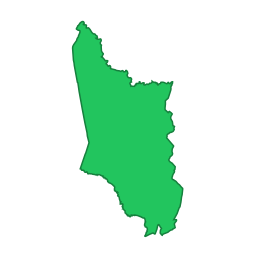 Chiradzulu, Chiradzulu, Malawi (Albers equal-area conic projection), rotated 176°
{"feature_id": "42251766B78568245260433", "entity_name": "Chiradzulu", "entity_type": "district", "adm_level": 2, "iso_a3": "MWI", "parent_name": "Malawi", "parent_adm1": "Chiradzulu", "projection": "albers", "projection_center": [35.198, -15.762], "detail": "fine", "context": "isolated", "style": "filled", "palette": "green", "viewbox_px": 256, "rotation_deg": 176, "n_neighbors": 0, "source": "geoboundaries", "source_scale": "gbopen_adm2", "svg_char_len": 5767}
<svg xmlns="http://www.w3.org/2000/svg" viewBox="0 0 256 256"><g transform="rotate(176 128 128)"><path d="M89.1,171.0L90.4,171.3L91.7,171.3L92.1,171.2L92.3,170.4L92.5,170.1L93.8,169.9L94.8,169.3L94.9,168.9L95.3,168.9L95.8,169.6L95.6,170.4L95.8,170.8L96.6,171.1L96.9,170.9L97.3,171.1L97.2,171.5L97.6,171.7L99.3,171.8L100.7,173.0L100.7,172.1L100.9,171.8L101.7,171.2L102.5,170.9L103.3,171.1L104.5,170.0L105.0,170.0L105.3,170.3L106.1,170.5L106.5,170.4L108.0,169.7L108.8,169.9L109.2,170.1L109.2,170.6L108.7,171.7L109.0,171.9L109.8,172.1L111.6,171.4L112.1,171.4L112.5,171.5L112.7,171.9L112.8,173.1L113.2,173.3L113.6,173.2L113.9,172.0L114.1,171.7L114.6,171.6L115.8,171.9L116.7,171.8L116.9,171.5L116.7,170.7L117.6,170.7L117.9,169.9L118.6,169.5L118.7,169.1L120.7,169.3L121.5,169.6L122.2,169.4L122.5,171.1L123.1,172.2L123.0,172.6L122.7,173.0L121.3,173.7L121.7,174.4L121.0,176.4L121.1,176.9L121.4,177.5L122.1,178.0L123.3,177.9L124.1,178.3L124.4,178.6L124.8,179.3L125.3,180.9L124.4,182.3L124.4,182.8L124.7,184.4L125.2,185.1L125.8,185.6L126.2,185.5L126.5,184.7L126.8,184.4L128.0,184.3L128.4,184.4L128.8,185.1L129.3,185.6L130.1,185.5L131.1,184.9L131.5,185.0L132.1,185.5L135.4,186.2L136.8,187.0L141.2,188.4L141.4,188.8L141.0,190.0L141.4,191.2L142.2,191.6L142.9,191.1L143.4,191.0L144.6,192.8L145.2,193.3L145.3,193.7L145.1,194.1L144.1,195.0L143.7,195.7L143.6,196.5L144.4,196.8L145.6,196.5L146.0,196.7L146.4,197.5L148.0,199.6L148.5,200.2L149.3,200.5L149.6,200.8L148.5,201.6L148.1,202.8L147.5,203.4L147.5,203.9L148.0,204.5L148.8,205.9L149.1,206.7L149.1,211.2L148.7,212.5L149.6,213.4L149.8,215.0L148.7,216.8L148.6,217.6L148.8,218.4L149.1,218.7L149.5,218.8L150.7,218.5L152.3,218.8L153.4,219.4L153.7,219.8L152.4,219.9L152.2,220.3L152.5,222.0L153.6,222.6L154.1,223.7L154.9,224.2L155.9,224.3L157.0,225.3L157.5,226.0L159.0,228.9L160.3,230.6L160.7,230.7L162.3,230.6L162.7,230.8L162.3,233.2L162.5,233.6L162.9,233.8L164.6,234.0L165.3,234.4L165.2,234.7L164.5,235.3L164.4,235.7L164.6,236.5L165.1,237.2L165.5,237.3L166.3,237.4L168.2,236.4L170.2,233.9L171.1,233.3L171.5,232.2L172.5,230.9L172.5,230.2L170.9,229.0L169.6,228.7L169.2,228.3L169.2,227.0L169.9,225.4L170.9,223.6L171.2,222.4L172.2,221.2L172.8,220.1L173.1,218.9L176.3,215.0L177.2,213.5L177.5,212.7L177.7,211.5L177.7,199.5L177.3,196.9L177.2,194.1L175.3,177.1L174.9,176.7L174.8,176.0L174.2,167.7L172.3,150.3L170.6,136.0L169.2,126.1L169.1,122.8L167.9,116.1L171.9,105.9L172.5,104.9L178.5,90.6L177.4,90.1L177.3,89.3L177.0,89.1L175.2,88.9L174.9,88.6L174.9,88.2L174.6,87.9L174.4,87.3L173.8,86.8L172.9,86.8L172.3,87.2L171.9,87.0L171.3,85.2L170.9,85.0L170.1,85.3L168.9,84.9L168.1,85.0L166.0,84.2L165.0,84.1L163.5,83.5L162.7,83.7L162.2,83.1L161.9,83.6L161.6,83.3L161.1,83.3L160.3,83.6L159.1,83.2L158.5,82.6L157.7,82.4L157.1,81.8L156.3,81.9L156.2,81.5L156.4,81.1L156.2,80.7L155.8,80.6L155.5,80.3L155.4,79.9L154.6,80.2L154.3,79.9L154.1,78.9L153.3,78.9L152.9,78.7L152.5,77.9L152.2,77.7L152.0,77.1L152.0,76.0L151.8,75.7L151.4,75.6L150.7,74.6L149.5,74.2L147.8,73.0L146.1,71.0L145.7,70.8L145.5,70.4L145.4,69.6L145.7,68.8L145.7,67.5L145.9,67.2L145.8,66.8L145.1,66.3L145.2,65.9L144.4,65.6L143.8,64.5L143.1,64.9L142.8,64.6L143.2,64.5L143.5,64.2L142.7,62.6L142.4,62.3L143.0,61.2L142.8,60.8L142.0,60.4L141.6,59.2L141.5,57.5L141.2,56.7L141.0,55.5L140.3,55.0L140.9,54.4L141.0,52.8L139.8,53.2L139.4,53.0L139.6,52.6L138.7,52.6L138.4,52.3L138.5,51.5L139.1,50.4L138.7,50.3L138.6,49.9L139.0,49.3L138.5,48.6L138.5,47.8L138.8,47.6L138.1,47.3L137.8,46.6L137.4,46.3L137.2,46.0L136.6,45.4L136.8,44.6L136.7,43.4L136.0,43.0L135.6,42.1L135.1,41.5L134.7,41.6L134.4,41.3L134.7,41.0L134.6,40.6L133.9,40.9L133.5,40.8L133.2,40.5L133.3,40.1L132.9,40.0L132.4,39.4L132.0,39.3L131.5,40.0L130.7,40.1L130.5,40.5L130.6,40.9L130.2,40.8L130.3,40.4L130.0,40.2L129.6,40.2L129.3,40.5L128.9,40.7L128.5,40.7L127.7,40.3L127.3,40.3L127.2,40.7L124.3,39.9L122.1,38.8L121.7,38.8L121.0,38.2L120.6,38.2L120.4,37.9L119.3,37.2L118.9,37.1L118.1,37.1L117.6,36.5L117.4,35.3L117.2,35.0L117.4,33.7L117.0,33.4L117.0,33.0L117.6,32.4L118.3,30.0L117.9,29.3L117.8,28.4L117.6,28.1L116.8,27.9L116.3,27.6L115.8,26.4L115.7,25.6L116.2,24.4L116.1,23.5L117.0,22.7L117.7,20.6L118.7,19.2L118.7,18.9L118.4,18.7L117.2,19.0L114.0,20.4L110.9,21.4L110.4,21.5L110.0,21.3L109.0,20.5L108.5,20.4L108.2,20.7L106.3,24.9L105.2,28.6L104.7,29.3L104.3,29.5L103.9,29.4L103.5,28.4L102.9,27.7L102.7,26.9L101.6,25.6L102.8,23.7L103.2,21.2L103.1,20.7L102.7,20.3L102.1,19.2L101.8,18.9L101.3,18.6L100.9,19.3L100.1,19.8L95.5,21.2L93.7,22.5L92.6,23.1L91.0,23.4L90.6,23.6L90.5,24.0L90.2,24.3L89.8,24.3L87.9,25.3L88.5,29.1L87.8,30.2L86.3,31.8L86.0,32.5L86.1,33.1L86.8,33.1L88.0,33.5L88.7,33.4L85.0,39.2L82.6,44.7L81.7,45.7L80.4,50.4L79.4,55.5L78.7,57.6L77.7,63.1L77.7,64.0L78.9,65.3L80.6,67.7L82.2,69.1L83.7,71.2L84.4,71.9L85.5,72.4L86.0,73.2L87.2,73.6L87.6,74.4L87.5,75.7L86.8,77.3L86.8,77.7L86.2,78.8L84.9,80.6L84.6,81.8L84.7,82.2L85.0,82.4L84.9,82.8L84.0,83.6L83.9,84.8L83.6,86.0L86.4,89.8L87.8,90.8L88.7,91.6L89.4,92.7L89.6,93.5L88.6,94.9L88.0,96.3L86.2,97.6L85.6,98.3L85.3,99.5L85.7,101.2L85.7,102.0L85.3,104.1L83.8,106.6L83.8,107.0L90.1,115.4L90.1,115.7L89.6,116.7L89.7,117.8L89.3,118.7L88.9,119.1L87.5,119.6L87.0,120.4L86.3,120.7L85.8,120.5L83.7,121.2L83.0,121.7L82.1,123.1L82.0,123.5L82.2,123.9L82.2,124.7L81.7,125.9L81.5,126.2L81.7,126.5L83.0,127.2L83.3,131.2L83.6,132.0L84.0,132.4L84.2,133.4L84.6,133.9L84.7,135.2L84.5,136.4L82.9,138.9L83.7,140.0L85.5,141.6L86.5,141.1L86.9,140.6L89.7,143.6L89.7,145.2L89.0,149.2L88.8,152.6L85.8,155.0L82.8,162.5L82.4,164.0L82.4,166.1L81.4,167.5L81.7,167.8L81.7,168.0L81.1,168.4L80.5,169.5L80.3,171.0L80.8,171.1L81.5,170.6L81.9,170.5L82.3,169.8L82.7,169.6L83.5,169.4L83.9,169.5L84.4,170.6L84.8,170.7L85.7,169.7L86.1,169.5L86.9,169.8L89.1,171.0Z" fill="#22c55e" stroke="#15803d" stroke-width="1.5"/></g></svg>